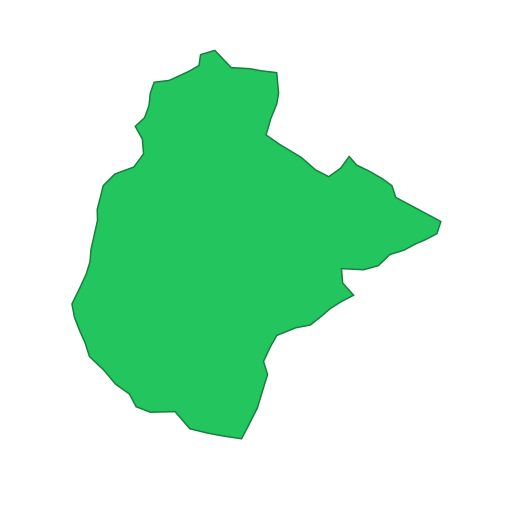 Hortolândia, São Paulo, Brazil (Albers equal-area conic projection), rotated 107°
{"feature_id": "56859067B73549929772376", "entity_name": "Hortolândia", "entity_type": "district", "adm_level": 2, "iso_a3": "BRA", "parent_name": "Brazil", "parent_adm1": "São Paulo", "projection": "albers", "projection_center": [-47.21, -22.87], "detail": "fine", "context": "isolated", "style": "filled", "palette": "green", "viewbox_px": 512, "rotation_deg": 107, "n_neighbors": 0, "source": "geoboundaries", "source_scale": "gbopen_adm2", "svg_char_len": 1167}
<svg xmlns="http://www.w3.org/2000/svg" viewBox="0 0 512 512"><g transform="rotate(107 256 256)"><path d="M435.0,216.4L422.9,214.1L411.9,212.2L401.3,210.3L390.7,210.3L380.3,210.3L365.9,210.3L354.6,218.0L338.6,215.7L325.9,212.9L313.1,197.1L306.0,183.8L295.4,176.5L284.4,169.5L273.8,160.3L265.0,151.2L256.5,165.2L243.1,170.6L237.7,149.1L229.5,136.2L215.5,128.4L206.8,115.8L198.4,107.6L191.0,98.9L181.7,89.5L169.0,89.3L159.1,139.5L149.1,146.5L145.2,157.5L141.8,172.3L139.6,186.4L133.6,196.0L147.2,200.7L158.9,209.6L156.3,224.1L148.5,241.5L142.4,265.9L137.3,281.8L120.2,282.0L104.6,280.6L93.6,282.0L74.6,289.8L77.4,305.5L78.7,316.8L83.1,334.8L71.4,355.5L79.6,367.9L90.4,366.2L98.2,373.3L106.4,382.4L113.5,390.4L119.6,404.2L131.2,404.7L143.6,402.3L156.3,403.0L167.3,409.4L177.5,398.8L191.3,393.4L206.6,398.8L218.9,415.0L233.4,422.7L245.5,422.0L257.8,421.5L268.2,418.0L282.0,416.9L298.2,415.7L309.9,413.1L323.0,413.1L337.1,415.0L355.7,418.0L368.0,411.5L379.6,402.3L388.5,394.4L400.8,385.9L410.1,367.4L419.6,352.9L425.0,336.7L435.2,326.6L436.3,311.4L428.5,287.9L440.6,268.7L439.5,250.2L437.8,235.2L435.0,216.4Z" fill="#22c55e" stroke="#15803d" stroke-width="1.5"/></g></svg>